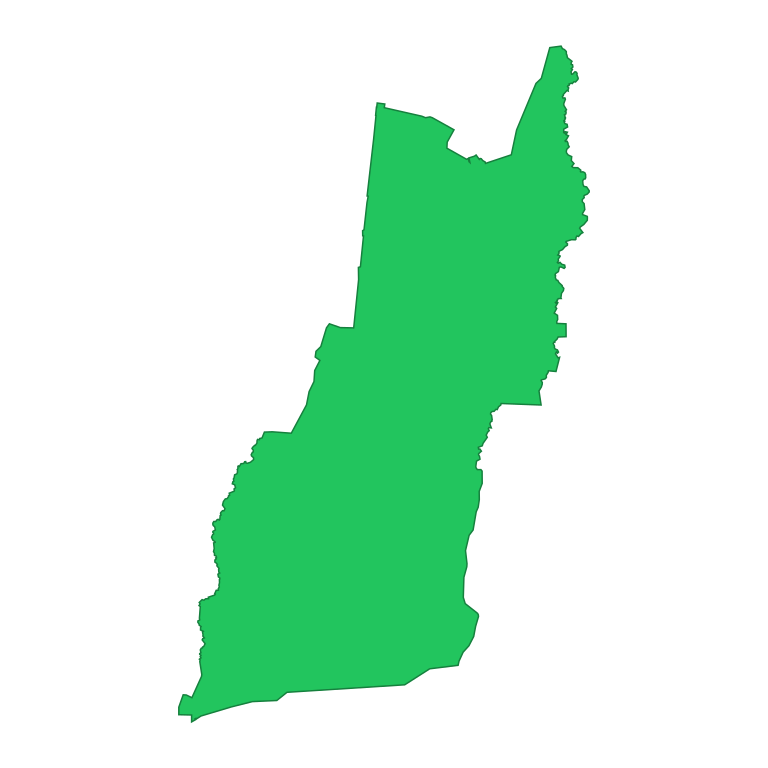 the district of Elejas pag., Jelgava, Latvia
{"feature_id": "27541924B1906845824135", "entity_name": "Elejas pag.", "entity_type": "district", "adm_level": 2, "iso_a3": "LVA", "parent_name": "Latvia", "parent_adm1": "Jelgava", "projection": "albers", "projection_center": [23.711, 56.427], "detail": "fine", "context": "isolated", "style": "filled", "palette": "green", "viewbox_px": 768, "rotation_deg": 0, "n_neighbors": 0, "source": "geoboundaries", "source_scale": "gbopen_adm2", "svg_char_len": 6087}
<svg xmlns="http://www.w3.org/2000/svg" viewBox="0 0 768 768"><path d="M191.6,721.9L195.5,719.7L194.9,718.9L196.0,718.3L196.5,718.9L201.0,716.0L231.0,707.0L252.4,701.6L276.8,700.5L287.0,692.3L404.7,684.8L429.7,668.8L458.1,665.3L459.0,661.2L463.1,652.2L468.9,645.8L473.7,636.5L475.6,626.4L478.5,616.5L478.3,614.8L477.6,613.4L465.2,603.6L463.3,597.4L463.9,577.3L466.8,566.8L467.0,563.7L465.5,550.6L469.1,535.3L473.1,530.0L476.2,511.8L478.2,507.2L479.3,499.6L479.2,491.4L482.2,483.4L482.1,471.1L480.9,469.6L477.3,469.6L476.0,467.7L475.8,466.5L476.5,461.1L480.0,459.2L479.5,456.3L478.6,454.9L478.6,453.7L481.4,451.2L479.9,449.0L478.6,449.1L478.3,447.3L482.3,445.8L483.0,443.4L487.3,437.3L486.2,435.1L487.7,432.1L489.2,430.7L488.3,428.7L488.9,427.6L491.3,427.9L489.8,423.8L490.8,421.8L492.0,421.1L491.8,420.3L492.2,419.8L491.6,415.5L490.5,414.0L490.8,412.6L492.1,411.5L494.1,411.3L495.9,409.3L497.2,409.6L498.5,406.8L500.8,405.0L501.1,403.5L541.1,405.0L539.0,390.9L541.3,387.1L542.2,384.3L542.3,382.4L541.1,380.7L541.4,379.9L545.1,378.9L546.4,377.5L546.3,375.2L548.1,372.5L548.4,370.8L556.0,371.5L559.6,357.3L558.0,357.8L555.5,353.8L556.4,352.0L557.5,353.2L558.5,352.1L557.4,349.9L555.2,349.0L554.4,347.7L554.5,346.1L553.2,343.4L553.9,342.2L554.8,342.3L554.8,341.3L557.1,339.1L558.1,337.0L566.1,336.7L566.0,323.8L556.9,323.4L556.7,321.6L557.7,319.5L557.5,315.3L554.2,313.1L556.7,308.4L555.4,307.0L557.9,302.6L557.4,302.1L556.1,303.3L555.4,302.4L556.7,301.6L556.9,300.3L557.4,300.3L558.2,298.6L561.2,298.5L560.9,297.9L561.5,293.3L563.4,290.6L563.8,288.4L562.1,286.3L562.2,285.6L558.9,282.5L557.8,280.4L556.3,279.9L555.3,277.5L555.6,275.7L555.0,275.0L555.6,273.5L558.4,271.6L559.3,267.4L560.9,266.9L564.1,268.4L565.1,267.4L564.7,265.1L561.7,264.2L560.0,262.3L558.3,263.2L557.4,262.5L558.5,260.7L558.2,259.1L560.1,256.4L560.0,255.8L557.8,255.0L558.8,253.8L559.1,252.7L558.7,251.9L559.2,251.2L562.5,249.6L564.9,246.8L567.4,245.2L567.5,243.8L565.8,242.1L566.2,241.4L571.4,239.7L575.4,239.8L575.9,239.3L576.0,237.5L577.0,236.0L578.5,236.5L581.1,233.6L582.9,232.6L579.6,228.2L580.4,226.9L583.8,224.5L587.3,220.3L587.4,217.9L587.3,216.4L582.6,214.6L582.6,213.3L584.8,209.6L584.1,203.6L582.3,201.7L582.3,199.5L584.2,197.7L583.9,196.1L584.3,195.4L587.3,194.1L589.2,192.0L589.2,190.7L586.6,186.9L583.9,186.4L583.0,184.4L582.7,180.6L584.1,179.0L585.1,179.0L585.7,177.8L585.6,174.5L584.8,172.7L582.9,171.8L580.8,172.0L580.4,171.5L580.8,170.2L577.8,167.7L573.3,167.6L571.8,166.4L574.0,163.6L571.3,160.6L571.7,156.6L568.2,155.0L566.6,153.0L566.3,151.6L566.7,149.4L569.2,146.8L568.1,144.8L568.0,143.2L567.1,141.3L565.4,141.5L565.1,140.6L566.3,139.7L568.5,135.8L566.0,134.6L567.4,132.2L565.2,131.7L565.0,133.4L563.7,132.6L563.7,129.2L567.6,127.0L567.1,124.3L564.9,123.6L564.1,121.8L564.8,121.2L564.0,120.7L565.4,118.7L564.9,118.1L565.4,117.5L564.8,116.9L565.0,116.0L564.4,114.8L565.9,113.9L566.1,111.9L565.2,111.3L566.5,109.8L563.8,105.3L563.8,103.5L565.4,99.2L564.9,97.9L563.0,98.1L562.4,96.6L563.4,95.4L563.3,94.5L566.9,90.5L568.2,91.0L568.0,89.9L568.7,87.9L567.5,86.6L568.0,85.6L568.9,85.6L569.4,84.8L569.1,84.0L571.4,83.2L572.2,83.6L574.0,81.7L575.5,82.0L577.9,79.4L578.2,78.2L576.9,74.8L577.1,73.5L576.4,72.2L575.0,71.7L572.6,74.1L571.6,74.2L571.0,71.7L572.4,69.6L571.3,68.7L572.9,67.0L572.5,64.7L571.2,64.4L571.2,62.7L572.0,61.3L567.4,57.7L566.9,54.9L566.4,54.3L566.3,51.5L564.5,49.6L562.4,48.6L561.1,46.1L549.8,47.6L541.3,78.4L536.0,83.4L516.6,129.9L511.3,154.8L485.5,163.4L485.3,162.1L482.8,160.6L481.2,158.7L480.1,158.5L479.3,159.4L476.1,155.0L474.4,156.2L468.9,157.9L469.9,162.5L469.0,161.7L468.3,158.4L466.6,159.3L446.9,148.2L447.2,142.1L454.0,129.8L432.3,117.7L430.0,116.9L425.5,117.7L421.8,116.2L384.3,107.7L384.8,104.0L377.2,103.0L376.7,107.4L376.4,107.3L375.6,115.4L376.0,115.5L373.6,139.3L367.1,196.0L368.2,196.2L367.0,202.5L364.0,229.8L362.6,230.7L362.7,235.8L363.5,235.9L360.4,266.8L358.4,267.4L358.6,279.7L353.7,327.9L340.3,327.6L329.4,323.8L326.5,327.8L320.8,346.6L316.0,351.3L315.2,357.0L319.9,360.4L314.7,370.5L314.0,381.5L309.1,391.6L306.5,404.9L291.3,433.2L272.3,431.8L264.4,432.1L262.0,438.0L259.7,438.5L259.4,439.7L257.6,439.4L257.1,440.4L256.9,443.2L255.3,445.4L254.7,445.3L252.5,447.5L252.0,448.6L253.3,450.1L253.3,451.9L252.4,452.3L251.2,454.6L251.5,455.9L253.5,457.7L253.6,459.6L250.4,462.3L247.3,463.3L246.1,463.1L245.7,461.6L244.7,461.7L243.7,463.5L241.0,463.7L239.3,466.5L238.3,465.9L237.9,466.4L237.9,468.8L237.2,469.5L237.6,470.8L237.3,472.1L237.5,472.5L236.8,473.9L234.6,474.8L234.1,477.8L233.4,478.9L233.8,481.3L232.9,481.7L232.3,483.8L234.7,484.8L235.5,487.8L234.0,489.0L234.4,490.3L234.1,491.2L229.2,493.2L229.6,495.3L228.5,495.8L228.4,496.9L227.0,498.7L225.3,498.9L223.4,501.5L222.5,505.1L225.0,508.6L224.0,510.8L222.5,510.7L220.8,512.5L220.5,513.3L221.0,515.1L220.2,515.5L219.8,519.5L219.3,520.1L218.1,519.3L217.0,519.8L215.7,521.5L213.8,521.5L212.9,523.0L212.8,524.1L213.2,525.5L214.7,526.8L215.4,529.9L212.9,531.4L212.8,532.2L213.5,532.8L213.6,534.0L212.7,534.6L211.5,537.2L212.9,540.2L215.1,541.8L215.2,542.3L213.6,542.9L214.2,548.6L213.5,551.7L214.4,552.9L214.5,555.4L216.0,555.9L216.5,557.3L215.7,557.9L216.3,558.8L214.9,560.0L214.9,562.1L216.7,563.4L217.4,564.7L216.9,565.1L217.0,566.0L219.0,568.4L218.6,569.4L218.8,572.1L219.7,573.0L217.9,574.2L218.4,576.9L219.8,578.0L219.8,579.1L219.4,579.5L219.5,582.8L218.9,585.2L219.3,587.0L218.3,588.6L218.4,590.2L216.2,590.3L214.7,593.7L215.3,594.1L214.6,595.1L208.3,597.2L208.6,598.7L205.6,598.8L203.9,600.2L202.1,599.6L199.2,602.5L200.1,603.9L199.0,605.6L200.3,606.5L199.4,618.3L199.7,619.3L199.6,620.1L198.0,620.8L197.8,622.1L199.2,624.4L199.2,625.2L201.1,626.5L200.6,627.4L200.5,630.0L203.3,631.3L202.5,632.0L203.1,635.1L202.8,636.0L204.4,637.9L202.7,638.7L202.2,639.9L205.1,643.7L203.7,646.5L202.6,647.0L202.4,647.9L201.3,648.2L200.3,649.9L200.9,652.8L199.7,653.6L199.7,654.3L201.0,655.3L200.2,656.6L201.0,657.9L199.4,659.2L200.1,659.9L199.8,661.6L201.8,674.6L201.5,676.5L191.9,697.7L186.3,695.0L183.2,694.8L178.8,707.2L178.8,714.7L191.6,715.0L191.6,721.9Z" fill="#22c55e" stroke="#15803d" stroke-width="1.5"/></svg>